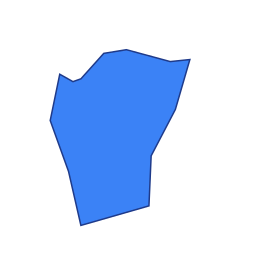 map outline of Salgótarján (orthographic projection), rotated 333°
{"feature_id": "HUN-4921", "entity_name": "Salgótarján", "entity_type": "Urban county", "adm_level": 1, "iso_a3": "HUN", "parent_name": "Hungary", "parent_adm1": "", "projection": "orthographic", "projection_center": [19.799, 48.1], "detail": "fine", "context": "isolated", "style": "filled", "palette": "blue", "viewbox_px": 256, "rotation_deg": 333, "n_neighbors": 0, "source": "natural_earth", "source_scale": "10m", "svg_char_len": 325}
<svg xmlns="http://www.w3.org/2000/svg" viewBox="0 0 256 256"><g transform="rotate(333 128 128)"><path d="M91.6,49.1L100.0,61.7L108.4,62.8L140.3,50.5L162.1,57.5L195.8,88.0L214.2,95.1L178.6,133.0L136.0,163.3L111.3,206.9L41.8,193.4L55.3,139.7L62.1,86.0L91.6,49.1Z" fill="#3b82f6" stroke="#1e3a8a" stroke-width="1.5"/></g></svg>